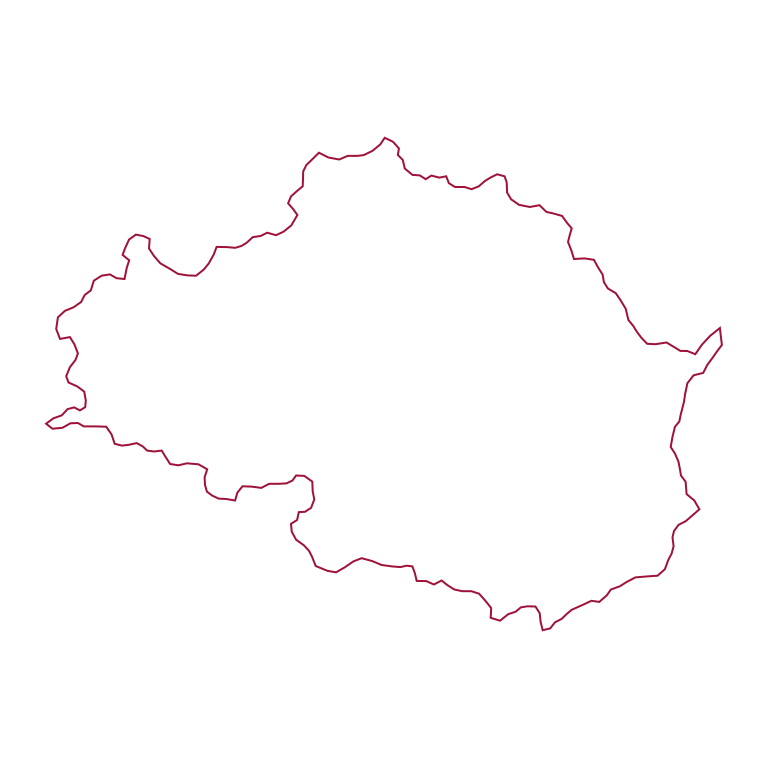 Entre Rios de Minas, Minas Gerais, Brazil (orthographic projection)
{"feature_id": "56859067B35453234944232", "entity_name": "Entre Rios de Minas", "entity_type": "district", "adm_level": 2, "iso_a3": "BRA", "parent_name": "Brazil", "parent_adm1": "Minas Gerais", "projection": "orthographic", "projection_center": [-44.105, -20.704], "detail": "fine", "context": "isolated", "style": "outline", "palette": "rose", "viewbox_px": 768, "rotation_deg": 0, "n_neighbors": 0, "source": "geoboundaries", "source_scale": "gbopen_adm2", "svg_char_len": 3347}
<svg xmlns="http://www.w3.org/2000/svg" viewBox="0 0 768 768"><path d="M699.4,509.3L694.3,500.5L686.6,494.1L685.6,481.7L681.0,475.6L679.9,469.0L678.5,461.8L674.9,453.4L670.7,447.0L672.4,437.3L674.9,426.9L679.3,421.5L680.6,415.1L682.3,408.4L684.0,401.7L685.1,394.1L687.4,383.2L693.6,375.3L703.2,372.9L707.3,364.9L711.6,359.1L716.9,351.6L721.9,344.9L720.8,336.1L719.9,328.0L710.3,335.7L702.0,344.6L695.3,354.2L687.3,351.0L680.4,350.9L674.5,347.3L666.5,342.5L655.5,344.2L647.2,343.8L641.3,337.7L636.6,331.4L633.3,326.0L628.4,320.0L625.7,308.7L620.6,300.3L615.7,293.1L607.9,288.5L603.9,282.1L602.6,274.6L597.9,267.1L593.9,259.8L584.6,258.4L574.0,259.0L571.3,250.3L568.0,242.0L569.6,235.6L571.7,228.3L567.4,223.3L562.0,215.9L553.1,213.4L546.4,211.9L539.5,205.2L529.8,207.0L519.0,204.8L511.2,199.4L507.1,192.6L506.7,182.4L504.6,176.3L497.1,174.3L490.4,177.6L484.9,181.0L478.8,186.3L471.5,189.2L464.6,187.0L455.0,187.0L448.9,183.2L446.2,176.3L439.4,177.6L431.3,175.6L425.7,179.2L419.8,175.4L412.5,174.9L404.8,168.6L402.8,160.0L397.9,155.0L398.9,148.4L392.9,141.7L384.7,137.8L380.3,144.4L372.4,150.9L363.7,155.1L357.4,155.9L347.7,155.9L339.2,159.5L328.4,157.5L318.9,152.7L312.3,159.3L306.3,165.1L303.2,171.4L303.0,179.2L302.7,186.3L297.0,191.0L291.0,196.4L288.1,203.3L293.3,209.3L297.4,215.0L291.3,225.4L283.5,231.7L276.1,235.2L267.2,232.7L260.6,236.0L252.8,237.1L246.6,242.8L241.3,246.0L235.3,247.8L226.6,247.1L216.6,246.9L213.8,254.4L208.8,263.4L203.7,269.6L196.1,275.7L187.6,275.4L178.0,273.9L170.3,269.1L160.3,263.3L154.0,256.0L149.0,248.5L149.7,239.0L143.5,236.1L135.9,234.6L129.1,239.5L125.1,248.1L122.6,254.9L129.2,260.3L126.8,267.6L124.5,279.0L116.5,278.2L109.9,274.4L101.6,275.7L93.8,280.7L90.8,290.4L84.7,295.0L81.1,302.0L73.5,307.3L64.8,310.9L57.9,317.4L56.2,329.0L60.0,338.9L69.9,337.1L74.4,344.3L77.9,353.4L75.5,359.9L69.9,367.2L66.2,376.2L68.5,382.5L77.2,386.4L84.2,391.6L85.8,400.5L85.2,407.2L79.9,410.4L74.2,407.4L67.6,409.1L61.7,415.4L53.4,418.3L46.1,423.7L52.4,428.7L62.4,427.8L70.4,423.3L77.9,423.0L83.8,426.4L95.4,426.4L106.2,426.7L111.5,434.3L114.7,443.8L121.9,445.6L128.9,444.8L136.7,443.1L142.6,446.3L147.2,450.6L154.1,451.5L161.7,450.6L165.5,456.8L170.1,464.0L178.4,465.3L187.0,463.3L198.5,464.3L207.2,469.3L204.6,477.3L205.0,484.9L206.9,491.6L212.2,495.6L218.6,498.6L226.1,499.0L235.1,500.5L237.4,492.6L242.5,486.3L251.4,486.6L261.3,487.9L269.2,483.8L278.1,483.8L286.4,483.4L292.4,480.6L296.1,475.5L304.3,475.9L312.3,481.6L312.7,491.5L314.3,499.4L311.1,507.8L305.0,511.8L298.8,512.1L297.1,520.0L291.0,523.8L291.7,531.6L296.1,539.7L304.0,545.4L309.0,550.8L312.0,556.7L315.7,566.0L327.6,570.9L336.1,572.3L344.8,567.3L353.4,561.4L361.7,558.2L372.0,561.0L381.6,565.0L391.9,566.4L400.4,567.1L406.4,565.7L412.4,566.4L414.8,573.0L416.7,580.9L426.3,581.1L433.9,584.5L441.6,580.5L447.2,585.0L454.1,589.4L462.1,591.2L471.4,591.2L479.1,593.7L485.4,600.8L491.2,608.1L490.7,617.8L500.0,620.7L508.2,614.2L515.7,611.7L520.8,607.4L527.3,606.3L535.4,606.5L539.7,613.2L540.6,621.9L542.7,630.2L550.2,628.4L555.0,622.3L561.6,618.9L566.5,614.2L571.5,609.9L581.1,605.6L591.4,600.8L599.3,601.9L606.9,595.2L610.9,589.5L619.8,586.3L626.8,581.9L635.4,577.4L647.3,576.4L657.6,575.7L664.9,569.2L668.2,560.1L671.6,553.6L673.6,546.2L672.5,537.3L674.0,531.0L678.5,524.9L685.8,521.1L692.4,515.4L699.4,509.3Z" fill="none" stroke="#9f1239" stroke-width="2"/></svg>